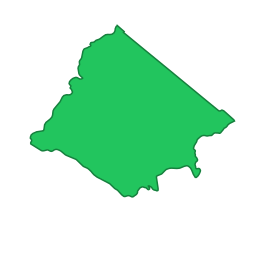 an SVG outline of Upper West, rotated 40°
{"feature_id": "GHA-2157", "entity_name": "Upper West", "entity_type": "Region", "adm_level": 1, "iso_a3": "GHA", "parent_name": "Ghana", "parent_adm1": "", "projection": "mercator", "projection_center": [-2.051, 10.34], "detail": "fine", "context": "isolated", "style": "filled", "palette": "green", "viewbox_px": 256, "rotation_deg": 40, "n_neighbors": 0, "source": "natural_earth", "source_scale": "10m", "svg_char_len": 3815}
<svg xmlns="http://www.w3.org/2000/svg" viewBox="0 0 256 256"><g transform="rotate(40 128 128)"><path d="M190.3,53.3L203.8,53.7L205.1,54.2L203.0,59.0L202.5,61.1L202.7,62.8L202.6,64.3L202.4,65.1L202.0,65.9L201.8,66.5L201.9,67.2L202.0,67.8L202.0,72.3L201.6,73.1L201.1,73.5L200.5,73.7L200.0,74.0L199.7,74.4L198.1,75.5L197.3,76.6L197.1,77.6L197.0,78.9L196.9,79.6L196.8,80.0L195.3,81.4L193.8,83.2L193.2,83.6L192.2,84.1L191.5,84.5L190.8,85.0L189.8,86.2L189.4,87.1L189.1,88.1L188.6,91.2L188.6,92.2L188.7,93.0L189.2,94.0L189.4,94.5L190.0,98.4L190.1,98.9L190.3,99.5L190.6,100.0L191.0,101.0L191.3,101.5L191.7,101.8L192.4,101.9L193.0,101.9L193.7,102.0L194.2,102.2L194.5,102.6L194.8,103.1L195.0,103.7L195.2,104.2L195.6,104.5L196.2,104.7L196.5,105.0L196.9,105.3L197.3,105.9L197.6,106.3L198.2,106.5L199.4,106.6L200.0,106.8L201.5,107.5L201.9,107.9L202.2,108.7L202.1,109.4L201.9,110.4L202.0,111.0L202.4,112.1L202.6,112.6L203.0,113.0L203.8,113.6L204.7,114.2L205.8,115.2L206.1,115.3L206.3,115.3L206.6,115.2L207.0,114.9L208.0,113.7L208.4,113.4L209.0,113.3L209.6,113.4L210.6,113.8L211.1,114.4L211.5,115.4L212.1,117.3L212.4,119.5L212.2,121.3L212.1,121.9L211.3,122.6L207.9,121.5L204.0,119.4L201.7,118.5L200.3,118.4L199.5,118.4L198.8,118.5L198.0,118.7L197.5,119.0L197.1,119.3L195.7,121.2L193.6,125.2L192.9,126.1L191.4,127.6L187.1,130.8L185.8,132.1L184.8,133.6L184.2,134.7L183.9,135.3L183.7,136.6L183.4,140.8L183.3,141.5L183.0,142.2L181.3,145.4L181.0,146.1L181.0,146.8L181.6,147.6L189.8,154.9L190.6,155.8L191.1,156.6L190.8,157.2L190.4,157.6L189.2,158.0L187.9,158.7L187.4,158.8L186.9,158.9L186.2,158.9L185.6,158.8L184.5,158.4L184.0,158.3L183.5,158.4L183.0,158.5L181.6,158.7L181.0,159.0L180.8,159.3L181.1,159.6L182.9,160.0L183.4,160.4L183.7,160.8L183.6,161.6L183.3,162.1L182.7,162.3L182.1,162.3L181.4,162.2L180.8,162.2L180.2,162.2L178.8,163.0L178.1,163.2L177.2,163.6L176.7,164.1L176.4,164.5L176.2,165.0L175.7,166.2L175.7,166.8L175.8,168.7L175.8,169.2L175.8,169.8L176.0,170.3L176.9,171.6L177.0,172.2L177.1,172.8L177.1,173.6L176.9,174.5L176.5,175.7L176.3,176.9L176.0,177.5L175.6,178.0L175.1,178.3L172.6,179.0L171.6,179.7L170.9,180.6L170.0,182.1L169.4,182.7L168.7,183.1L166.1,183.2L160.2,182.4L159.8,182.4L158.0,182.7L156.7,182.9L149.8,182.4L135.8,185.5L131.8,185.7L129.2,185.3L127.9,185.0L125.1,184.8L123.6,184.8L122.4,185.0L118.9,186.0L118.3,186.1L108.8,185.4L108.2,185.5L98.2,188.6L97.0,188.8L91.6,188.8L90.0,189.1L88.4,189.6L87.5,190.0L86.9,190.4L86.5,190.7L85.9,191.6L85.6,192.1L85.0,194.1L84.4,195.0L83.9,195.4L83.1,195.7L81.2,196.2L80.5,196.5L80.0,196.9L79.7,197.4L79.0,198.4L78.5,199.1L77.6,200.1L76.8,200.7L76.0,201.0L63.9,202.7L63.1,202.1L62.7,201.1L62.6,200.1L62.0,199.2L61.1,198.7L60.5,198.8L59.9,198.7L59.1,197.7L58.3,195.5L58.7,193.2L60.5,189.6L64.2,185.4L64.9,184.3L64.6,183.2L62.0,179.1L61.6,176.4L62.6,171.4L62.7,168.7L62.0,166.7L59.6,163.0L59.1,160.8L59.1,155.0L59.1,151.5L57.9,146.6L58.0,144.4L59.4,142.2L61.6,140.5L62.4,139.5L62.7,138.1L62.6,136.7L62.3,136.1L61.6,135.8L60.5,135.1L59.5,134.7L58.6,134.8L57.9,134.5L57.6,133.3L57.2,132.5L56.3,132.3L55.2,132.2L54.3,131.8L53.4,130.0L53.4,127.7L53.9,125.5L54.7,123.9L55.4,122.9L56.3,122.2L57.3,121.9L58.7,121.7L59.9,121.3L60.8,120.3L61.3,119.2L60.9,118.8L58.3,118.7L56.5,118.4L55.2,117.7L51.4,114.4L50.6,113.0L50.3,110.9L50.0,110.4L48.5,108.9L48.0,108.3L47.7,107.2L47.6,104.9L47.3,103.9L44.1,98.1L43.6,96.0L43.9,95.0L45.4,92.4L46.0,90.6L46.3,90.2L46.6,89.7L46.6,89.0L46.3,88.5L45.8,88.3L45.3,88.2L45.1,88.2L45.0,87.7L44.7,86.6L45.1,85.9L46.2,84.8L46.8,83.8L47.2,81.3L49.0,78.3L50.2,73.3L50.9,71.0L52.4,69.3L54.1,68.0L55.5,66.4L56.1,63.9L55.5,61.8L54.3,59.9L53.7,57.8L54.0,57.0L53.8,56.4L63.1,56.6L63.1,57.7L65.4,57.7L75.5,57.6L96.4,57.4L122.3,57.1L146.3,56.9L169.8,56.7L186.4,56.5L187.6,55.8L188.4,53.9L190.3,53.3Z" fill="#22c55e" stroke="#15803d" stroke-width="1.5"/></g></svg>